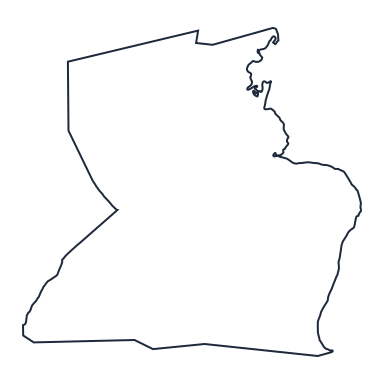 Las Vegas, Santa Bárbara, Honduras (Albers equal-area conic projection)
{"feature_id": "27666195B74712516647149", "entity_name": "Las Vegas", "entity_type": "district", "adm_level": 2, "iso_a3": "HND", "parent_name": "Honduras", "parent_adm1": "Santa Bárbara", "projection": "albers", "projection_center": [-88.037, 14.873], "detail": "fine", "context": "isolated", "style": "outline", "palette": "slate", "viewbox_px": 384, "rotation_deg": 0, "n_neighbors": 0, "source": "geoboundaries", "source_scale": "gbopen_adm2", "svg_char_len": 5816}
<svg xmlns="http://www.w3.org/2000/svg" viewBox="0 0 384 384"><path d="M278.4,40.5L278.0,34.3L276.6,30.5L276.0,29.0L275.3,28.6L274.4,28.3L273.7,28.1L272.6,28.0L212.7,44.8L196.1,43.0L198.1,30.6L67.9,61.7L68.5,130.7L92.5,180.3L93.6,182.1L95.1,184.3L95.7,185.4L96.2,186.2L96.8,187.1L97.7,188.3L98.5,189.5L100.4,191.8L102.5,194.1L103.5,195.7L104.6,197.1L108.5,201.1L110.5,203.5L112.3,205.7L116.2,209.4L116.7,209.8L117.4,210.0L80.8,242.1L76.3,245.9L70.1,251.5L65.8,255.6L64.0,257.9L62.2,259.8L62.2,262.1L61.6,263.9L61.3,265.0L59.2,269.7L57.8,273.5L57.2,274.9L56.1,275.9L50.7,279.6L47.8,281.3L46.2,283.2L44.4,285.8L44.1,286.1L43.2,287.4L42.5,289.0L41.5,290.8L41.0,291.6L38.8,296.9L37.5,298.4L36.9,299.6L35.9,301.1L33.8,303.4L32.3,305.2L31.9,306.0L31.5,306.9L31.2,307.9L30.8,309.2L30.4,310.2L29.5,311.7L29.1,312.1L28.4,312.7L28.0,313.1L26.8,315.6L26.1,321.4L26.0,322.1L25.7,323.0L25.3,323.7L24.7,324.4L24.2,324.7L23.0,325.2L23.2,335.5L33.7,342.4L134.5,340.0L153.0,349.1L204.6,344.0L317.8,356.0L331.4,352.2L332.2,351.7L332.7,351.0L332.3,350.4L331.0,350.5L329.7,350.3L327.1,349.0L325.9,348.7L324.6,347.7L323.2,345.8L322.1,343.8L319.7,340.2L319.1,337.6L318.3,334.5L317.9,332.5L317.8,327.4L317.8,322.1L318.3,320.1L319.8,316.4L320.6,313.9L320.9,312.3L321.9,310.4L323.2,307.9L324.7,305.4L326.3,303.0L327.7,300.5L328.2,297.0L329.0,294.5L330.3,291.7L331.9,288.4L332.9,285.4L334.4,281.8L336.3,276.9L337.2,275.3L337.5,274.5L338.0,272.2L338.7,269.8L338.9,268.3L338.9,266.4L338.7,264.5L338.6,262.9L338.6,261.5L339.2,259.7L339.8,257.3L340.3,253.8L340.8,250.8L341.1,248.2L341.4,246.1L341.8,244.4L342.7,241.8L343.0,241.2L346.7,235.4L347.0,234.7L347.7,233.3L348.3,232.3L349.2,231.3L350.5,230.0L353.3,228.0L353.7,227.6L354.0,227.2L354.2,226.6L355.0,223.3L355.2,221.6L355.9,218.3L356.3,216.9L356.6,216.5L357.2,216.1L358.5,215.7L358.6,214.7L359.0,213.8L359.7,212.6L360.4,211.8L361.0,210.8L360.8,208.9L360.5,207.2L360.5,206.1L360.8,204.3L360.8,202.5L359.4,196.9L359.0,195.8L358.8,194.8L357.4,190.3L356.8,190.0L356.3,189.7L356.0,189.1L355.7,188.4L354.6,187.1L353.5,186.0L352.6,185.3L351.9,184.7L351.6,184.4L351.0,183.0L347.8,177.6L344.8,172.8L344.0,171.8L343.7,171.6L338.2,169.0L337.2,168.9L335.7,169.0L334.9,168.8L334.1,168.4L332.8,167.4L330.9,166.4L329.0,165.7L327.2,165.2L326.1,165.0L324.3,165.0L322.3,164.7L321.1,164.4L319.2,163.6L317.2,163.2L315.8,163.1L313.8,163.0L310.7,162.5L308.2,162.3L307.0,162.3L306.1,162.4L301.8,163.0L299.0,163.1L297.0,163.6L296.3,163.6L295.3,163.5L294.0,163.2L292.7,162.7L288.4,159.6L287.5,159.0L286.7,158.6L282.4,157.4L281.5,157.1L280.5,157.0L277.9,155.9L277.0,155.9L274.1,156.4L273.7,156.3L273.5,155.9L273.3,155.6L273.3,155.3L273.4,155.0L273.5,154.7L274.3,153.6L274.8,153.2L275.1,153.0L275.4,153.0L275.5,153.1L275.9,154.7L276.0,155.0L276.4,155.3L278.2,155.3L279.2,155.4L280.3,155.2L280.9,155.0L281.7,154.1L282.9,153.3L283.3,152.8L283.4,152.5L283.2,150.5L283.2,150.1L283.2,149.9L283.8,149.3L284.1,149.1L284.6,149.0L284.9,148.8L285.2,148.4L285.4,147.7L285.7,147.2L288.0,144.4L288.2,144.0L288.3,143.6L288.2,143.4L287.8,142.6L287.1,141.9L287.0,141.5L287.0,140.9L287.1,140.1L287.3,139.1L287.4,138.8L287.9,138.2L288.3,137.5L288.4,137.1L288.4,136.8L288.1,136.3L285.6,133.3L284.9,131.7L283.9,129.8L283.7,129.0L283.7,127.9L283.8,126.0L284.0,124.7L283.8,124.2L283.5,123.4L282.9,122.5L281.4,121.2L280.5,120.2L280.1,119.4L279.8,118.6L279.6,118.1L279.4,117.7L277.0,115.4L276.1,114.5L275.6,113.9L275.1,113.2L275.0,112.3L274.4,111.5L273.8,110.8L272.4,109.7L271.5,109.0L270.9,108.7L270.5,108.7L270.0,108.7L267.3,109.2L265.7,109.3L265.2,109.2L264.8,109.1L264.5,108.8L264.3,108.5L264.3,108.0L264.3,107.7L265.0,104.6L265.4,102.7L265.6,100.6L265.9,99.8L267.1,95.3L268.6,91.1L269.3,89.4L270.3,83.6L270.5,82.8L270.8,82.4L271.0,82.1L271.1,81.8L271.0,81.5L270.8,81.3L270.2,81.4L269.6,81.7L268.8,82.3L268.4,82.6L267.8,82.8L267.3,82.9L266.8,82.9L266.4,82.7L265.6,81.9L264.7,81.4L264.3,81.4L263.9,81.4L263.6,81.5L263.2,81.8L262.9,82.2L262.7,82.7L262.4,83.7L262.3,85.4L262.4,86.6L262.6,87.0L262.5,89.3L262.3,90.3L261.9,91.2L261.4,91.7L260.9,92.0L260.7,91.9L260.5,91.5L260.3,91.3L259.8,91.2L259.2,91.1L258.6,91.2L258.5,91.4L258.1,92.9L257.9,94.9L257.6,96.1L257.5,96.3L257.2,96.4L256.8,96.3L256.1,96.0L254.8,95.2L253.9,94.3L253.6,93.8L253.3,92.9L253.1,91.9L253.0,91.5L253.2,91.1L253.5,90.8L253.8,90.7L254.1,90.9L254.4,91.2L254.8,91.6L255.1,92.2L255.4,93.0L255.8,93.3L256.0,93.3L256.3,93.2L256.5,93.1L256.8,92.6L257.0,92.6L257.5,92.5L257.9,92.2L258.0,92.0L257.9,91.7L257.5,91.0L255.9,89.4L255.1,88.8L254.8,88.4L254.9,88.2L255.2,88.1L255.4,88.0L256.1,87.4L257.1,86.8L257.3,86.3L257.3,86.1L257.2,86.0L256.7,85.8L256.2,85.8L255.4,86.0L254.5,86.3L253.3,86.9L251.2,88.3L249.1,89.5L248.4,89.7L247.8,89.7L247.5,89.6L247.3,89.4L247.3,89.0L247.3,88.6L247.6,88.0L247.8,87.6L248.6,86.9L249.6,86.3L250.3,85.8L250.9,85.2L251.5,84.3L251.6,84.0L251.8,83.4L252.0,81.8L251.9,81.2L251.1,79.8L250.5,78.2L250.3,77.4L250.3,77.1L250.8,76.3L251.0,75.5L251.2,74.4L251.1,73.7L250.8,73.3L248.7,72.1L248.1,71.7L247.6,71.0L247.2,70.3L247.0,69.5L246.9,69.0L247.0,68.3L247.8,66.3L248.1,65.5L248.5,65.0L248.9,64.5L249.5,64.0L250.8,63.0L252.6,61.2L253.1,61.1L253.6,61.1L254.0,61.2L254.7,61.6L255.3,61.7L257.2,61.9L258.1,61.9L259.3,61.3L260.4,60.7L261.2,60.1L261.7,59.4L262.1,58.3L262.2,57.5L260.6,55.6L260.0,54.6L259.5,53.7L259.3,52.6L259.1,52.1L259.0,51.9L258.7,51.6L258.3,52.1L258.2,52.9L257.9,52.7L257.7,52.2L257.6,51.6L257.7,50.6L257.9,49.8L259.1,50.2L259.4,50.2L260.0,49.8L260.4,49.6L263.8,48.9L264.8,48.5L265.7,47.8L266.2,47.2L268.0,44.9L269.0,42.1L269.2,41.6L269.9,40.7L270.8,39.9L271.3,38.7L272.1,37.4L272.7,36.8L273.4,36.4L273.7,36.3L273.9,36.3L274.7,36.8L275.4,37.6L275.6,37.9L275.6,38.3L275.5,39.0L275.1,40.0L273.1,42.5L273.9,43.1L275.2,44.1L275.3,44.1L275.5,44.1L275.7,43.8L276.9,42.0L278.0,40.7L278.4,40.5Z" fill="none" stroke="#1e293b" stroke-width="2"/></svg>